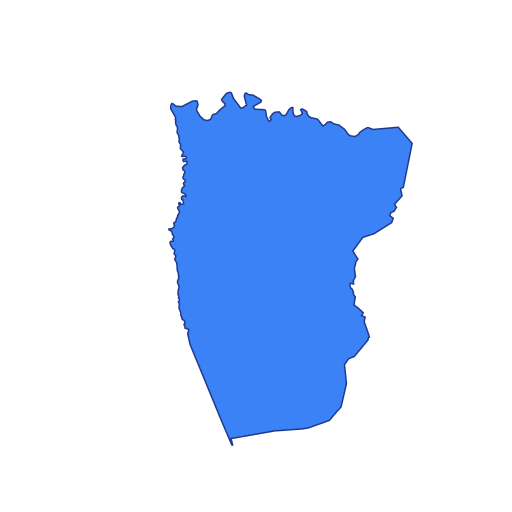 the district of San Jacinto Tlacotepec, Oaxaca, Mexico, rotated 207°
{"feature_id": "50627088B78980153949014", "entity_name": "San Jacinto Tlacotepec", "entity_type": "district", "adm_level": 2, "iso_a3": "MEX", "parent_name": "Mexico", "parent_adm1": "Oaxaca", "projection": "mercator", "projection_center": [-97.345, 16.506], "detail": "fine", "context": "isolated", "style": "filled", "palette": "blue", "viewbox_px": 512, "rotation_deg": 207, "n_neighbors": 0, "source": "geoboundaries", "source_scale": "gbopen_adm2", "svg_char_len": 4955}
<svg xmlns="http://www.w3.org/2000/svg" viewBox="0 0 512 512"><g transform="rotate(207 256 256)"><path d="M390.7,343.2L389.7,340.8L389.1,340.5L388.4,338.6L387.4,337.2L386.3,336.2L385.3,335.7L384.2,334.6L383.5,333.3L383.0,331.5L382.2,330.0L381.2,329.3L380.6,329.0L379.8,328.4L377.5,325.4L376.7,323.5L376.5,322.7L375.7,322.1L374.4,321.7L373.6,320.7L372.9,319.0L372.1,317.3L370.1,316.5L368.8,316.2L368.1,315.9L367.7,315.3L367.6,314.5L367.7,311.7L367.5,311.1L366.9,311.1L365.8,311.9L364.4,312.7L363.6,312.8L362.9,312.3L362.3,311.3L362.6,310.6L363.2,310.2L364.1,310.1L364.9,309.2L364.7,308.4L363.5,307.2L361.7,308.3L360.8,309.0L360.3,308.6L359.3,306.8L359.8,305.7L360.6,305.0L361.5,302.3L361.5,301.4L360.7,300.1L360.2,299.8L358.3,299.2L357.5,298.6L357.2,297.5L357.4,296.3L356.8,294.1L356.8,293.0L356.4,292.2L353.6,291.2L353.1,290.7L352.9,289.9L353.1,289.2L353.7,288.3L353.6,287.6L352.8,286.9L351.9,286.5L351.6,285.9L351.9,284.6L352.5,283.8L352.4,281.3L352.3,280.8L351.6,279.5L351.4,279.2L350.5,278.8L348.6,279.1L347.8,279.0L346.2,278.4L345.3,277.5L345.6,277.2L346.9,276.8L347.7,276.7L347.9,276.6L348.5,276.3L348.8,275.6L348.9,274.5L348.7,273.6L347.7,272.6L346.8,272.8L346.1,272.0L345.0,271.0L344.3,269.7L344.8,269.1L345.7,268.4L346.6,268.2L347.8,268.9L348.6,268.8L348.8,267.9L348.3,267.1L347.1,267.0L346.8,266.6L346.8,266.2L347.6,264.8L347.9,263.8L347.7,263.3L347.2,262.8L345.8,261.9L345.2,261.8L344.9,261.0L344.3,260.6L344.0,260.1L344.1,257.9L344.3,257.1L344.2,256.6L343.8,255.9L343.8,253.2L343.2,250.9L343.2,250.4L343.7,248.8L344.1,248.5L344.1,247.6L342.7,246.3L342.2,245.2L342.2,244.8L342.6,243.4L343.4,242.1L344.5,241.6L345.9,240.4L345.4,239.8L344.9,239.7L342.4,239.8L341.8,239.3L341.3,238.6L340.8,237.9L339.4,236.8L338.5,236.6L337.9,235.9L337.7,235.0L338.0,233.3L337.7,232.9L336.9,232.4L336.3,231.9L336.6,231.4L337.3,230.9L338.2,230.6L338.8,230.2L338.9,229.5L338.6,228.8L337.7,227.7L336.9,226.9L336.3,226.7L335.7,226.1L334.8,225.7L333.8,225.0L333.2,224.8L332.5,225.0L331.8,224.8L330.9,224.1L330.6,223.8L330.3,221.4L329.8,220.8L329.2,220.3L328.6,220.2L328.0,220.2L327.2,219.0L327.2,218.7L327.0,218.1L327.1,216.5L326.4,215.6L325.5,215.3L324.9,214.9L323.4,213.6L322.4,212.2L319.4,207.1L318.6,206.7L318.3,206.2L317.8,205.9L317.2,204.8L316.6,204.3L316.4,203.9L316.1,203.5L315.9,202.8L315.3,202.4L314.8,201.3L314.9,201.1L314.6,199.9L314.6,199.2L314.4,197.7L314.2,197.2L313.9,196.7L313.2,196.1L312.5,195.7L311.6,194.6L310.5,193.5L309.7,190.1L308.3,186.7L308.0,186.3L306.4,185.0L306.2,184.6L306.1,183.4L304.5,182.6L304.1,182.2L304.0,181.7L304.1,181.1L304.5,180.3L304.5,180.2L304.2,179.7L302.9,179.0L302.4,177.8L301.9,177.0L301.3,175.3L300.7,174.3L299.2,173.1L298.7,172.7L297.6,171.6L296.7,170.3L296.2,169.2L295.2,168.5L294.6,167.9L294.1,167.5L294.1,167.2L293.5,166.5L292.4,165.9L291.1,166.2L290.0,165.4L289.6,164.6L289.0,164.2L288.7,163.2L289.1,162.5L288.6,161.7L287.6,161.3L286.5,159.5L283.9,159.9L283.0,159.7L282.8,160.0L282.5,159.9L282.0,158.6L281.9,157.4L281.9,156.7L281.6,155.8L280.5,154.4L274.4,147.1L211.1,92.8L191.8,76.7L191.0,77.0L195.4,82.0L159.8,108.8L156.2,110.9L136.2,123.0L131.4,126.5L126.6,131.6L116.0,142.8L113.4,154.0L112.7,156.3L111.7,160.2L114.7,172.3L117.5,183.4L127.8,199.3L126.9,206.4L122.8,211.1L118.1,232.1L118.8,234.2L118.1,235.2L120.9,238.1L129.8,246.6L131.0,251.1L134.9,250.8L134.6,254.1L141.3,256.0L146.5,256.8L148.9,264.6L152.2,266.4L152.5,267.7L155.2,270.1L156.9,270.5L158.8,271.9L159.5,274.6L156.3,275.4L157.2,276.6L157.7,277.2L158.1,279.4L158.0,282.8L162.7,289.5L163.9,294.8L164.5,295.8L163.8,299.3L164.0,299.9L164.7,300.0L172.0,304.4L169.3,321.1L161.1,329.3L150.3,347.3L150.9,351.9L155.3,352.7L155.4,356.0L153.4,358.4L152.9,363.2L156.1,364.8L153.2,375.9L157.8,381.7L155.9,384.0L168.0,427.2L187.7,435.3L209.1,421.9L214.5,421.3L215.1,420.9L217.9,416.7L219.8,412.9L219.7,411.2L221.9,407.5L226.4,405.9L229.5,406.4L234.5,409.1L241.6,410.3L246.3,409.1L250.5,409.5L253.2,407.5L254.0,404.5L255.5,402.2L262.8,405.7L264.3,405.7L269.5,404.2L272.5,404.4L274.4,405.4L276.5,407.8L281.2,408.1L282.3,407.5L282.7,406.7L279.3,404.1L280.3,401.3L283.1,398.8L285.6,398.3L287.6,400.1L289.4,402.5L290.5,405.0L291.8,404.4L293.1,401.5L293.3,395.7L294.2,394.1L296.7,393.1L300.6,395.0L304.4,392.7L305.6,390.6L306.3,387.1L306.3,385.6L304.4,384.4L304.7,382.8L306.1,382.0L310.2,385.3L313.3,389.7L313.9,390.2L315.5,389.9L323.9,386.2L326.4,387.9L321.5,395.4L321.8,396.9L323.3,397.5L331.6,398.0L335.0,396.8L336.3,396.4L338.8,396.8L339.6,395.8L339.2,393.6L338.3,392.2L332.9,386.2L335.0,382.2L336.8,380.8L339.7,382.4L347.2,385.9L352.0,390.1L353.7,390.0L356.2,387.5L357.4,381.7L357.7,379.7L356.1,378.5L352.7,377.5L351.9,375.7L354.5,369.9L356.0,364.8L358.1,363.0L358.9,361.6L358.6,359.3L358.5,357.1L360.5,354.8L364.0,353.7L369.4,355.2L374.3,358.3L375.6,359.6L376.3,364.4L378.8,367.3L380.6,366.7L383.1,364.9L389.9,355.5L395.5,353.1L399.0,353.9L400.3,353.6L400.2,351.7L399.7,350.2L398.6,348.3L390.7,343.2Z" fill="#3b82f6" stroke="#1e3a8a" stroke-width="1.5"/></g></svg>